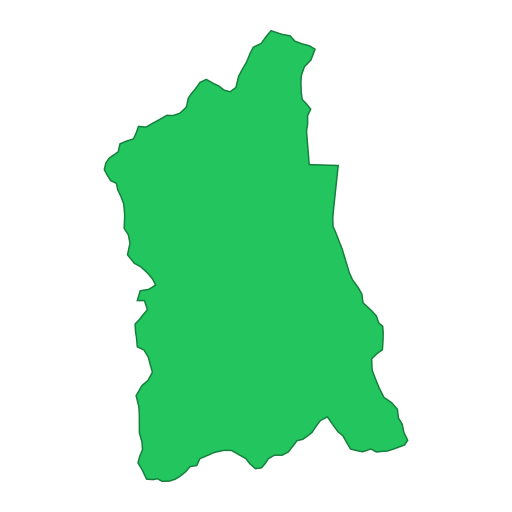 the district of Rio do Sul, Santa Catarina, Brazil
{"feature_id": "56859067B1787639962812", "entity_name": "Rio do Sul", "entity_type": "district", "adm_level": 2, "iso_a3": "BRA", "parent_name": "Brazil", "parent_adm1": "Santa Catarina", "projection": "equal_earth", "projection_center": [-49.63, -27.185], "detail": "fine", "context": "isolated", "style": "filled", "palette": "green", "viewbox_px": 512, "rotation_deg": 0, "n_neighbors": 0, "source": "geoboundaries", "source_scale": "gbopen_adm2", "svg_char_len": 2201}
<svg xmlns="http://www.w3.org/2000/svg" viewBox="0 0 512 512"><path d="M162.0,481.3L169.4,481.1L175.2,479.2L179.5,476.6L185.5,471.9L190.2,466.5L196.8,465.5L199.8,458.7L214.5,452.4L223.5,450.4L231.4,450.4L240.2,455.4L246.1,458.8L249.6,463.5L255.4,468.7L261.5,467.8L265.3,463.4L268.3,458.8L274.3,455.2L282.1,455.2L288.3,452.0L293.0,446.0L297.1,440.6L302.9,439.3L307.6,435.9L312.1,432.3L315.9,426.5L320.4,420.5L327.4,416.9L333.7,425.9L338.2,432.0L342.8,435.6L346.8,442.7L350.5,449.0L355.8,450.4L362.5,451.8L371.0,449.0L376.4,452.0L381.9,451.4L387.4,451.0L393.7,449.0L398.2,447.3L404.5,445.1L407.7,440.3L403.8,432.3L402.2,424.2L398.4,417.9L397.4,409.2L391.4,402.5L383.9,397.4L379.2,388.0L375.9,380.0L372.1,370.2L371.6,358.8L377.6,353.1L382.4,349.8L383.0,340.7L383.2,332.7L382.7,326.3L378.7,322.9L376.3,315.9L372.6,311.9L368.1,307.5L363.0,302.8L361.9,294.2L358.1,287.4L352.6,280.0L349.3,272.7L342.2,249.1L339.0,241.1L335.8,232.7L333.0,226.3L332.8,217.6L333.8,206.8L338.2,165.5L309.2,164.6L306.5,131.0L307.6,124.1L307.6,115.6L310.7,109.2L306.5,103.9L302.2,99.5L301.2,92.1L300.9,82.4L301.4,75.3L304.4,66.7L311.0,59.9L315.0,49.2L309.4,45.8L301.9,43.8L294.8,41.1L290.1,35.8L282.1,34.4L276.0,32.4L271.0,30.7L265.8,37.0L261.2,43.5L253.3,47.2L250.2,53.2L246.7,61.8L242.6,68.9L238.7,76.0L235.9,87.5L230.1,91.8L224.1,90.1L218.8,86.0L213.3,83.4L206.3,79.4L200.0,82.4L195.2,89.2L191.2,93.8L188.2,98.5L186.5,107.0L179.9,113.2L172.9,115.6L166.9,115.3L159.4,119.6L152.6,123.3L146.0,127.1L138.5,126.4L136.2,133.0L133.5,138.9L126.2,141.2L120.0,143.8L118.2,151.9L113.9,154.8L109.1,158.2L105.9,162.9L104.3,169.6L107.2,175.1L110.7,180.7L116.4,183.3L117.7,189.7L120.8,196.1L123.7,203.8L124.7,214.9L124.2,228.4L128.3,234.7L130.0,243.2L127.5,254.8L134.3,263.3L140.8,266.8L147.9,273.4L152.8,279.4L155.6,285.0L149.0,289.3L140.2,290.8L137.3,300.6L144.5,300.6L147.4,309.8L143.3,314.5L139.1,319.9L135.1,324.0L135.5,331.4L136.5,337.7L137.3,346.8L144.1,350.1L148.4,357.4L150.3,364.9L152.4,372.2L148.1,380.3L142.1,385.4L136.1,395.7L138.8,406.5L139.3,413.9L139.4,432.9L142.0,442.1L142.5,449.7L139.8,456.1L138.0,462.9L142.0,469.5L146.6,479.2L152.9,479.6L157.6,478.8L162.0,481.3Z" fill="#22c55e" stroke="#15803d" stroke-width="1.5"/></svg>